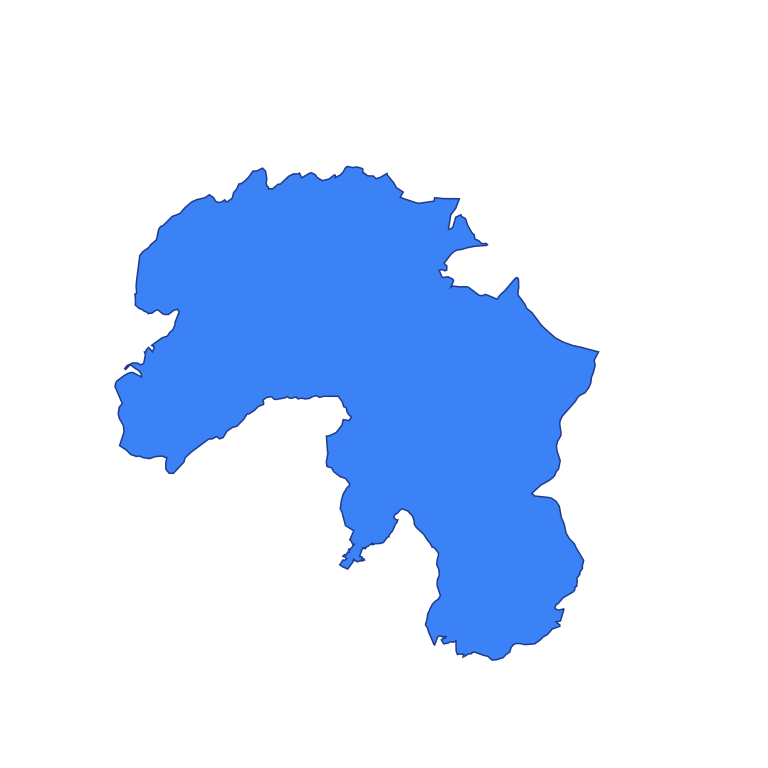 Recea-Cristur, Cluj, Romania, rotated 121°
{"feature_id": "2599482B27327294293574", "entity_name": "Recea-Cristur", "entity_type": "district", "adm_level": 2, "iso_a3": "ROU", "parent_name": "Romania", "parent_adm1": "Cluj", "projection": "natural_earth1", "projection_center": [23.552, 47.116], "detail": "fine", "context": "isolated", "style": "filled", "palette": "blue", "viewbox_px": 768, "rotation_deg": 121, "n_neighbors": 0, "source": "geoboundaries", "source_scale": "gbopen_adm2", "svg_char_len": 6171}
<svg xmlns="http://www.w3.org/2000/svg" viewBox="0 0 768 768"><g transform="rotate(121 384 384)"><path d="M569.0,518.5L553.9,515.3L549.8,516.5L541.2,514.0L521.2,505.8L519.9,503.3L515.2,500.3L515.7,496.6L512.8,494.3L505.3,494.3L499.7,491.8L495.9,488.3L486.7,486.1L480.2,485.9L479.2,484.3L473.4,481.5L467.9,480.1L463.6,476.7L461.5,477.9L460.3,479.5L456.1,477.8L452.7,473.8L453.6,470.6L453.2,469.0L446.8,461.6L444.8,460.8L444.8,458.0L444.1,456.2L440.4,452.7L441.1,450.2L438.6,447.3L437.5,444.0L434.7,440.4L432.0,439.0L428.9,436.2L428.6,432.3L425.4,429.1L418.1,416.8L420.9,410.3L424.2,406.9L423.7,404.3L426.9,401.4L428.4,398.4L429.3,394.8L433.5,395.3L435.4,400.6L440.9,398.9L450.3,400.0L456.1,403.9L458.4,406.5L471.3,397.4L471.6,396.7L480.9,393.1L483.4,390.7L483.5,391.7L484.0,389.6L483.0,386.8L483.0,385.4L485.1,381.9L486.0,373.8L484.8,368.2L487.5,361.8L488.5,361.3L492.1,362.3L499.4,362.3L506.1,360.4L513.4,357.3L515.6,353.9L525.2,344.1L525.4,334.3L535.2,333.1L535.2,331.7L537.7,328.0L536.9,327.1L541.0,327.4L542.9,328.1L543.5,329.1L544.6,328.9L544.3,328.1L545.9,327.0L546.9,328.7L549.9,328.2L550.5,329.9L552.4,330.5L553.0,330.4L552.4,328.7L552.7,326.1L555.3,326.8L556.0,328.6L561.8,328.8L562.0,324.9L561.3,319.8L552.7,319.0L549.8,319.8L549.6,319.4L550.8,318.8L549.9,317.0L550.3,316.3L550.0,315.0L546.6,312.7L547.4,312.3L547.2,311.8L544.9,310.0L544.2,311.6L545.1,313.3L544.5,312.9L543.5,313.8L544.3,316.2L535.5,317.9L535.3,317.0L534.3,316.2L535.2,316.0L534.7,315.1L532.9,315.3L531.4,314.1L526.4,312.2L526.3,311.7L527.7,311.7L527.8,311.1L525.4,309.2L522.7,305.2L520.2,302.9L513.2,302.1L512.6,301.1L509.9,301.8L505.4,301.0L498.4,302.0L495.6,301.6L493.6,302.2L494.0,302.4L493.8,306.2L492.7,307.1L489.6,307.3L488.0,305.9L484.2,305.4L481.6,304.1L480.6,298.2L482.5,291.6L485.8,287.7L488.4,286.0L490.3,282.6L492.4,272.5L495.6,266.0L496.6,262.9L499.0,258.7L498.5,258.4L498.8,255.5L500.8,250.4L502.6,249.1L506.8,248.0L511.7,245.8L514.7,241.5L519.2,238.2L524.4,237.4L529.4,234.7L536.4,226.6L540.4,226.7L545.1,228.6L548.9,229.1L558.4,228.1L564.5,225.6L568.5,224.7L569.3,224.1L570.8,220.9L573.3,218.4L581.4,207.2L581.6,206.2L573.4,207.7L571.8,207.3L570.5,204.8L570.8,203.4L568.7,201.6L568.6,200.6L570.4,200.7L571.4,201.9L573.8,203.1L576.0,198.9L572.8,195.4L570.7,194.4L569.7,191.6L567.1,190.1L575.6,184.7L578.1,181.7L576.8,180.6L574.6,176.3L577.2,175.7L574.0,173.5L572.7,173.4L569.9,169.9L568.7,170.3L567.1,168.1L565.3,158.9L563.9,154.7L565.0,149.2L562.3,145.5L557.2,140.9L553.1,140.1L549.0,138.1L544.3,139.4L540.2,138.6L538.2,136.8L536.2,133.2L534.9,129.1L529.1,121.0L522.8,118.2L518.9,117.4L514.5,114.8L507.3,113.6L501.2,108.5L500.0,109.1L499.3,113.9L496.2,110.7L484.5,113.7L484.3,114.3L487.9,117.7L488.5,121.6L488.0,122.2L484.2,122.9L482.8,121.7L475.0,120.4L464.5,114.7L462.2,114.5L459.4,115.7L458.2,114.6L452.7,117.3L451.8,118.7L446.1,118.1L444.9,119.1L439.8,118.9L438.0,120.2L432.4,122.0L425.1,135.6L423.0,138.4L421.1,145.6L418.0,151.1L411.3,157.4L407.1,163.2L398.5,170.8L396.0,175.9L395.6,181.4L396.5,184.5L402.4,197.2L401.6,201.0L389.9,197.5L381.7,192.8L377.0,191.0L374.7,190.6L370.2,191.2L366.9,190.6L358.9,193.5L352.6,200.9L348.6,204.1L344.4,205.6L337.0,205.9L334.6,207.2L327.6,212.9L324.4,214.2L319.6,214.6L300.7,211.1L295.1,211.0L292.5,210.1L287.9,207.2L281.4,206.6L276.5,207.3L271.3,209.7L266.9,210.3L259.5,212.5L255.3,216.1L246.0,216.6L250.8,233.3L253.9,242.4L255.9,252.8L256.2,261.1L253.5,275.6L252.3,280.1L246.7,293.6L245.7,300.5L243.0,304.5L238.9,314.3L237.9,315.7L232.0,318.2L225.8,322.1L224.6,323.2L224.3,324.6L224.6,325.3L226.4,326.0L242.0,328.5L247.6,330.3L253.1,330.8L254.7,342.3L255.4,343.6L257.6,345.1L259.0,348.0L257.6,361.0L258.0,363.2L261.8,369.3L264.7,375.6L266.7,376.5L259.8,377.5L258.7,378.8L259.1,384.3L262.2,388.2L262.4,389.4L258.2,395.3L256.2,393.3L255.5,389.9L253.9,388.9L250.4,391.0L249.9,394.0L249.4,394.6L238.9,393.5L234.4,392.2L231.2,390.1L228.9,387.0L224.4,382.9L219.0,376.9L212.5,367.6L211.3,367.0L210.9,368.7L213.4,372.7L212.3,376.7L213.0,380.7L209.7,383.4L209.1,386.5L204.6,394.4L200.2,399.4L200.5,403.7L199.3,405.2L204.1,408.4L214.1,405.8L216.7,406.6L218.2,408.4L204.7,413.9L196.5,413.0L186.4,414.8L194.1,427.9L198.3,436.5L201.5,435.3L211.2,447.2L212.2,449.9L215.7,466.2L209.6,466.4L209.3,474.4L206.5,479.4L203.3,488.5L202.0,489.8L209.1,493.8L212.2,496.6L211.2,500.1L214.0,505.3L213.4,509.5L214.2,510.3L210.4,513.3L212.0,519.2L214.6,522.3L216.4,527.5L218.7,528.4L223.2,528.2L227.8,529.2L229.4,530.5L232.2,531.7L230.1,533.3L230.4,534.3L236.6,536.7L241.4,541.5L241.4,547.7L240.0,550.7L240.3,554.9L241.4,556.2L249.7,560.8L246.7,565.0L248.5,566.2L250.4,569.7L255.0,572.7L266.2,575.8L266.9,577.3L267.9,577.9L274.4,580.1L274.9,581.8L276.4,583.3L274.8,584.4L274.5,586.4L272.5,588.5L268.7,590.0L262.6,595.1L261.5,599.3L267.4,603.1L268.1,605.0L269.4,606.1L276.4,606.5L281.1,607.7L285.5,609.4L287.3,611.4L292.7,610.7L297.4,611.5L302.9,609.8L308.4,612.1L309.3,613.7L308.4,614.4L308.2,615.4L311.3,616.8L313.0,618.3L314.1,621.2L313.9,622.8L312.1,625.8L311.7,631.2L316.4,633.3L322.5,639.5L327.1,642.7L335.3,645.4L343.1,646.8L349.4,651.8L362.2,655.0L363.7,656.4L365.1,656.7L367.5,656.8L377.5,653.3L384.8,655.7L388.3,656.0L394.8,658.9L399.6,659.5L423.1,649.2L427.9,646.8L433.7,642.7L435.2,643.8L440.7,639.8L444.4,637.9L445.4,632.9L444.7,630.0L445.1,626.9L444.6,624.8L445.0,622.0L444.2,621.6L443.0,619.5L438.3,617.4L436.9,616.0L437.8,610.0L437.6,608.3L435.5,604.6L429.2,602.2L426.4,599.6L427.5,596.7L438.7,594.9L440.8,593.6L446.5,592.9L450.0,594.2L454.5,594.4L458.7,598.0L470.6,603.1L470.6,599.8L475.6,599.0L473.9,604.7L477.3,605.4L478.9,604.4L479.9,605.8L482.0,603.5L490.0,600.6L492.8,602.1L493.2,606.5L495.4,610.3L500.5,613.7L504.4,614.2L504.7,613.0L498.9,611.7L498.3,611.2L498.2,610.1L498.9,604.2L498.6,602.7L499.3,599.7L500.5,597.1L502.9,595.5L503.5,605.2L504.1,606.4L506.5,608.7L510.4,611.0L518.9,614.5L521.3,614.5L524.7,613.3L535.5,598.3L540.5,599.0L546.5,596.4L549.8,593.2L553.8,586.0L559.1,582.1L573.0,578.9L573.3,570.7L574.9,564.8L573.6,558.9L571.7,556.5L571.2,552.6L568.6,546.3L564.6,543.2L562.4,540.5L559.9,536.8L559.6,533.5L558.8,532.3L564.1,530.4L569.5,527.0L571.2,522.1L569.0,518.5Z" fill="#3b82f6" stroke="#1e3a8a" stroke-width="1.5"/></g></svg>